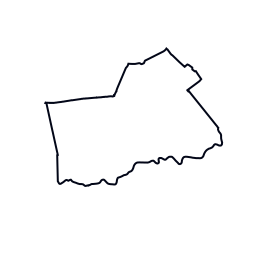 Amstelveen, Noord-Holland, Netherlands (Albers equal-area conic projection), rotated 53°
{"feature_id": "6326949B86462259358438", "entity_name": "Amstelveen", "entity_type": "district", "adm_level": 2, "iso_a3": "NLD", "parent_name": "Netherlands", "parent_adm1": "Noord-Holland", "projection": "albers", "projection_center": [4.846, 52.286], "detail": "fine", "context": "isolated", "style": "outline", "palette": "ink", "viewbox_px": 256, "rotation_deg": 53, "n_neighbors": 0, "source": "geoboundaries", "source_scale": "gbopen_adm2", "svg_char_len": 5349}
<svg xmlns="http://www.w3.org/2000/svg" viewBox="0 0 256 256"><g transform="rotate(53 128 128)"><path d="M58.3,178.9L58.6,178.6L59.0,178.2L84.9,190.1L85.2,190.2L94.8,194.6L107.3,200.3L107.1,200.9L128.3,216.1L130.8,216.4L131.2,216.3L131.4,216.2L131.6,216.1L131.8,215.8L131.9,215.6L132.1,215.0L132.1,214.6L132.3,212.2L132.2,210.0L132.2,209.4L132.2,209.2L132.3,208.9L132.4,208.7L132.5,208.4L132.8,208.1L133.0,208.0L134.0,207.5L134.2,207.4L134.3,206.9L134.4,206.2L134.5,205.7L134.8,204.9L135.0,204.7L135.3,204.7L136.5,204.7L137.1,204.6L138.2,204.1L138.8,203.7L139.8,203.0L140.5,202.5L141.1,202.1L141.8,201.8L142.4,201.3L142.8,201.0L143.4,200.6L143.8,200.2L144.1,199.9L144.3,199.4L145.0,198.7L145.6,198.1L146.0,197.8L146.4,197.7L147.1,197.5L147.6,197.4L148.0,197.3L148.5,197.0L148.7,196.8L148.9,196.4L149.4,195.2L150.0,193.9L150.2,193.5L150.3,193.6L150.6,192.5L150.7,191.4L151.0,190.5L151.7,189.6L152.5,188.3L153.3,187.0L153.9,185.9L154.4,184.8L154.6,184.1L154.6,183.0L154.1,181.7L153.8,180.6L153.9,179.7L154.2,179.1L154.6,178.5L155.2,178.2L155.9,178.1L156.7,178.0L158.6,177.8L159.9,177.6L160.5,177.3L161.3,176.8L162.4,175.7L163.6,174.3L164.9,172.9L165.3,172.2L165.4,171.8L165.4,171.7L165.3,171.2L165.1,170.7L164.4,169.6L162.9,168.1L162.7,167.8L162.3,167.3L161.9,166.6L161.7,166.1L161.7,165.9L161.8,165.5L162.5,163.6L162.9,161.8L163.1,160.4L163.1,160.1L163.3,159.5L164.0,158.0L164.2,157.3L164.3,156.9L164.3,156.6L164.3,156.2L164.2,155.7L163.9,154.6L163.8,154.3L163.8,153.9L163.9,153.2L164.2,152.3L164.3,151.7L164.4,151.4L164.3,150.4L164.0,149.5L163.4,148.3L162.4,146.9L161.8,146.1L161.6,145.7L161.3,145.1L161.1,144.4L161.0,144.0L160.9,143.7L160.9,143.3L160.9,142.9L160.9,142.6L161.0,141.9L161.2,141.4L161.5,140.8L162.5,139.4L166.6,134.2L167.3,133.3L167.7,132.5L167.9,132.1L168.2,131.1L168.3,129.8L168.4,129.5L168.5,128.9L168.7,128.5L168.9,128.1L169.1,127.9L169.4,127.4L169.6,127.3L169.9,127.2L170.4,127.1L172.1,126.9L172.6,126.8L172.9,126.6L173.4,126.4L173.8,126.1L174.1,125.8L174.2,125.5L174.3,125.1L174.3,124.9L174.3,124.6L174.2,124.3L174.1,124.2L173.8,123.8L171.7,122.7L171.3,122.3L171.1,122.1L170.9,121.7L170.9,121.3L171.0,121.0L171.0,120.8L171.2,120.6L171.4,120.2L171.8,119.8L172.0,119.5L172.7,119.1L173.8,118.6L174.9,118.1L175.3,117.8L175.6,117.6L175.8,117.2L175.9,116.8L175.9,116.4L175.7,114.9L175.7,113.7L175.7,113.4L175.7,113.0L175.8,112.5L176.0,112.2L176.1,111.9L177.1,110.6L177.6,110.2L178.0,110.1L179.2,109.9L179.9,109.8L181.1,109.7L182.7,109.6L185.3,109.2L185.9,109.1L186.7,109.1L186.9,109.1L187.3,109.0L187.6,108.8L187.8,108.6L188.0,108.3L188.1,108.2L188.2,107.8L188.3,107.5L188.3,107.2L188.2,106.6L188.1,106.3L187.7,105.7L187.2,105.2L186.5,104.6L186.3,104.3L186.0,103.9L185.7,103.4L185.3,102.7L185.2,102.5L185.1,102.2L185.0,101.8L184.9,101.2L184.9,100.8L185.1,100.4L185.3,99.8L185.6,99.3L186.0,98.8L186.6,98.1L189.4,95.3L190.8,94.1L191.5,93.3L192.9,91.9L194.5,89.8L194.9,89.4L195.5,88.6L195.9,87.9L196.1,87.4L196.2,86.5L196.0,85.4L195.8,84.8L194.3,82.5L193.9,81.6L193.5,80.7L193.4,80.4L193.3,79.9L193.1,79.2L193.0,77.9L193.1,76.8L193.2,75.8L193.6,74.9L193.9,73.7L194.1,72.8L194.0,71.7L193.8,70.8L193.3,69.4L193.3,69.1L193.3,68.8L193.3,68.6L193.4,68.3L193.5,68.0L193.7,67.8L194.9,66.8L196.5,66.0L197.4,65.2L197.9,64.3L197.7,63.0L196.3,61.6L193.4,60.4L192.4,59.9L191.7,59.4L190.3,58.4L189.8,58.0L189.3,57.8L188.7,57.6L187.8,57.5L185.9,57.6L184.6,57.4L183.2,56.9L182.3,56.0L182.2,55.8L180.8,55.9L180.5,55.8L180.1,55.8L178.7,55.9L165.2,56.3L139.3,57.1L135.4,57.2L135.1,57.3L135.1,57.8L134.0,57.9L134.0,57.6L133.8,57.6L133.8,57.1L133.5,57.2L133.6,44.7L133.6,43.0L133.5,42.4L133.5,42.1L133.3,41.4L133.0,40.1L127.7,39.9L123.4,39.6L123.0,40.4L122.9,40.6L120.0,41.4L118.4,40.3L114.2,41.6L113.0,42.4L113.1,44.5L113.2,45.6L112.9,45.6L112.9,46.0L106.2,47.3L96.6,48.8L95.6,49.2L94.1,49.3L89.1,49.2L88.9,49.2L88.8,49.3L88.6,49.5L87.7,49.6L87.9,50.1L88.0,50.6L88.1,51.1L88.2,52.1L88.2,52.9L88.2,53.3L88.1,54.0L84.9,71.6L84.5,73.6L84.5,73.9L84.6,74.1L84.7,74.5L84.9,74.8L85.4,75.5L85.6,75.9L85.7,76.1L85.8,76.4L85.8,76.7L85.6,77.1L85.5,77.7L85.3,78.4L85.2,78.6L85.0,78.9L84.5,79.2L83.6,79.5L83.4,79.6L83.1,79.9L82.9,80.1L81.4,83.2L80.9,84.1L78.7,86.9L77.5,88.3L77.2,88.7L76.9,89.0L77.6,90.0L77.8,90.3L78.0,90.7L78.3,91.4L78.5,92.2L78.7,93.3L78.9,93.8L89.3,111.8L90.4,113.6L90.9,114.3L91.3,114.8L91.4,115.0L91.6,115.0L91.8,115.2L91.9,115.5L92.0,116.1L92.8,117.6L93.3,118.5L93.5,118.9L93.9,119.4L93.4,119.6L93.9,120.3L93.9,120.6L93.8,120.8L93.6,121.3L93.4,121.5L93.1,121.7L92.2,122.8L90.9,124.9L90.9,125.1L90.5,125.8L89.9,126.7L89.6,127.0L88.9,128.2L88.8,128.3L88.8,128.5L88.5,128.8L87.4,130.7L87.4,130.8L86.4,132.3L85.4,133.8L85.3,134.1L84.8,134.9L84.7,134.9L84.7,135.0L83.9,136.2L83.7,136.5L83.5,136.8L79.9,142.6L79.6,143.0L79.1,143.7L79.1,143.9L78.8,144.3L78.7,144.4L78.7,144.5L77.7,145.9L77.1,147.1L76.9,147.3L76.6,147.9L76.3,148.6L76.1,148.9L72.1,156.2L71.9,156.3L70.7,158.7L69.2,161.5L68.7,162.5L68.5,162.8L68.3,163.3L68.1,163.6L68.0,163.8L67.4,164.8L67.3,165.1L66.8,166.0L66.2,167.0L64.9,169.3L64.8,169.5L64.7,169.8L64.4,170.2L64.3,170.3L64.2,170.5L63.9,171.2L63.7,171.4L63.4,172.0L63.2,172.4L62.7,173.0L62.1,173.8L62.1,173.7L61.8,174.1L61.7,174.2L61.6,174.4L61.0,175.1L60.9,175.2L60.8,175.4L60.6,175.6L60.5,175.8L60.2,176.1L59.4,177.1L59.1,177.4L59.0,177.6L58.6,178.1L58.1,178.5L58.3,178.9Z" fill="none" stroke="#020617" stroke-width="2"/></g></svg>